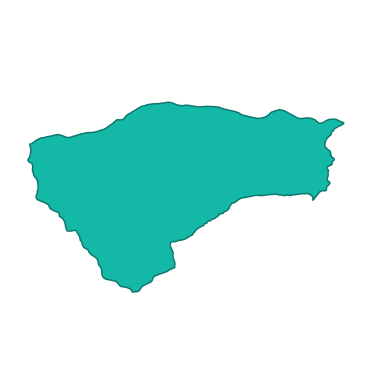 Cabrera, Santander, Colombia (Robinson projection), rotated 83°
{"feature_id": "7082276B49425072231481", "entity_name": "Cabrera", "entity_type": "district", "adm_level": 2, "iso_a3": "COL", "parent_name": "Colombia", "parent_adm1": "Santander", "projection": "robinson", "projection_center": [-73.249, 6.569], "detail": "fine", "context": "isolated", "style": "filled", "palette": "teal", "viewbox_px": 384, "rotation_deg": 83, "n_neighbors": 0, "source": "geoboundaries", "source_scale": "gbopen_adm2", "svg_char_len": 6012}
<svg xmlns="http://www.w3.org/2000/svg" viewBox="0 0 384 384"><g transform="rotate(83 192 192)"><path d="M141.7,33.1L139.7,36.7L137.9,39.3L137.0,41.4L136.9,43.6L136.6,46.7L137.3,49.3L137.9,50.9L138.7,52.4L139.2,54.5L139.4,56.7L139.1,57.7L138.0,58.8L135.3,61.2L134.1,63.2L132.8,66.7L132.5,69.4L132.4,71.4L132.5,73.7L132.3,76.0L131.4,78.2L129.6,80.6L127.9,83.0L126.7,85.0L125.5,86.5L124.0,88.6L122.7,90.4L121.7,92.7L121.0,94.9L121.3,97.8L122.5,103.7L123.9,105.5L125.2,107.2L126.6,110.4L127.0,113.1L127.1,115.7L127.0,117.7L125.1,123.7L123.7,127.4L122.6,130.2L121.9,132.4L120.7,134.0L119.1,136.0L118.0,138.1L116.9,140.8L116.1,143.2L114.7,147.1L113.4,150.5L112.1,153.2L111.3,154.4L110.6,157.0L110.0,159.3L109.6,161.9L109.2,164.4L108.8,166.4L108.8,168.1L108.6,171.2L108.5,174.4L107.9,176.7L106.4,182.2L105.9,183.5L105.1,186.9L105.1,189.0L105.3,190.1L104.9,192.1L104.5,194.0L103.6,196.5L102.4,198.6L100.8,201.5L100.4,203.0L100.1,204.3L100.0,205.7L100.2,211.2L100.2,214.8L99.8,218.8L99.8,221.7L99.8,224.5L100.1,226.3L100.7,229.0L100.7,230.2L101.3,232.8L102.0,234.1L102.8,236.2L103.4,237.4L104.9,240.9L106.2,243.6L106.4,244.2L107.0,245.8L108.4,248.1L109.4,249.1L110.1,249.8L110.7,250.5L111.1,251.0L111.5,251.8L111.8,252.8L111.8,253.6L111.6,255.1L111.2,256.5L111.1,257.4L112.0,259.0L112.9,260.3L113.9,261.8L115.1,263.8L116.4,266.4L117.7,268.6L118.6,270.6L119.1,271.9L119.4,274.0L120.0,277.2L120.6,280.5L120.7,282.5L120.8,284.3L120.6,286.2L120.3,287.6L120.4,289.2L120.6,292.5L120.8,294.0L120.9,295.1L121.4,298.2L121.9,300.2L122.2,302.8L122.8,305.2L122.9,307.8L122.8,308.8L122.5,309.7L120.9,312.8L120.0,314.4L119.3,316.2L118.9,317.2L118.7,318.2L118.7,320.8L119.0,322.7L119.4,327.1L119.4,328.7L120.0,332.6L120.0,335.6L120.4,336.4L120.5,337.3L121.1,338.5L121.6,339.9L122.1,341.2L122.8,342.3L124.1,344.4L124.6,345.7L124.7,346.8L124.7,347.1L125.2,347.2L125.6,347.2L126.2,347.1L127.0,346.9L128.9,346.8L130.1,346.8L131.7,347.0L133.3,347.4L134.6,347.9L135.9,348.2L136.9,348.5L137.7,349.0L138.2,349.6L139.2,350.3L140.1,350.9L140.9,350.9L141.5,350.7L141.9,350.4L142.3,350.0L143.8,348.0L145.0,347.1L147.8,347.0L150.5,347.7L152.8,347.5L154.2,347.1L155.0,347.2L155.7,347.0L156.7,346.9L157.5,346.3L158.1,346.0L159.9,344.8L161.8,344.2L163.3,344.0L165.8,344.0L167.1,344.0L169.1,344.1L171.1,344.7L171.9,345.2L172.6,345.5L173.4,345.5L174.2,345.6L174.7,345.9L175.8,346.6L177.9,347.3L178.8,347.4L179.5,347.2L180.2,346.7L180.8,346.4L181.0,345.9L181.5,345.0L182.0,344.3L182.6,343.4L183.9,340.8L185.3,338.6L186.0,337.6L187.2,336.2L187.9,335.8L188.8,335.6L190.1,335.2L191.0,334.9L192.0,333.9L193.8,331.3L194.4,330.0L195.1,328.8L196.2,327.2L197.3,326.2L197.8,326.2L199.2,326.7L199.8,326.6L200.8,325.8L201.8,324.3L203.5,323.0L204.7,322.5L206.1,322.2L206.9,321.9L208.6,321.8L210.1,321.7L213.8,321.2L215.1,320.8L215.5,320.3L215.6,319.6L215.8,318.8L216.0,317.3L216.0,315.9L215.8,314.3L215.9,312.2L216.4,311.6L219.8,310.3L221.7,309.3L224.4,308.8L226.2,308.8L228.3,307.5L230.7,307.3L231.9,307.0L233.0,306.6L234.5,305.4L235.4,303.9L236.0,303.1L237.1,302.1L238.5,301.8L240.0,301.2L241.5,300.0L242.5,299.0L244.0,297.0L245.0,295.8L246.4,294.8L247.8,294.0L248.8,293.7L251.7,293.7L253.7,293.0L254.8,292.3L256.3,291.5L258.0,291.3L260.0,291.3L262.5,291.5L264.5,291.1L266.4,290.1L267.9,288.4L269.3,284.2L270.2,281.6L270.8,280.5L271.2,279.0L272.0,277.9L273.5,276.6L275.1,275.7L275.8,275.4L276.6,274.7L277.3,273.6L278.0,270.8L278.5,269.4L279.3,267.5L280.0,266.2L280.5,265.4L281.3,264.6L282.9,263.8L284.1,263.4L284.0,260.6L284.2,258.5L283.5,256.5L282.3,255.4L281.0,254.3L279.6,253.0L278.8,251.0L277.9,248.6L277.1,246.1L276.3,243.7L275.4,242.7L273.9,241.8L272.3,241.1L271.2,239.9L270.1,236.3L269.4,233.4L268.4,229.0L268.0,226.9L266.3,223.2L264.8,218.3L263.7,218.4L261.9,217.8L260.0,217.7L258.4,217.9L254.8,218.8L252.2,218.7L249.9,218.1L248.6,218.3L247.1,218.9L245.2,219.5L243.5,220.0L241.5,220.0L240.4,219.8L239.5,219.1L239.0,218.4L238.8,217.7L239.0,217.1L239.2,215.3L239.2,214.1L239.0,213.0L238.6,212.2L238.4,211.7L238.4,211.1L238.5,210.0L238.2,206.3L237.8,204.8L237.1,202.8L236.0,200.5L235.4,199.0L234.5,196.5L233.0,195.9L231.7,193.9L230.9,193.3L230.0,192.4L228.2,189.1L227.7,188.0L227.0,185.6L226.3,184.3L225.3,183.8L224.9,182.8L224.9,181.6L224.6,181.1L224.1,180.9L223.2,180.1L222.8,178.6L222.7,177.6L222.6,176.7L221.8,176.0L221.4,175.3L221.4,174.5L221.3,173.5L221.0,172.6L220.0,170.9L219.5,170.1L218.9,169.1L218.6,168.4L218.3,168.1L217.3,168.0L217.0,166.0L217.1,164.4L217.0,163.8L216.4,163.4L215.6,162.1L214.7,159.6L213.7,158.1L213.0,157.3L212.1,157.1L211.1,156.4L209.0,154.7L208.0,153.8L208.0,152.5L207.6,150.7L205.8,147.8L204.2,144.6L204.0,142.1L203.6,135.4L203.0,129.2L204.1,123.0L204.0,116.3L204.3,111.3L204.5,108.9L205.6,105.4L206.3,102.2L207.0,100.5L206.6,98.5L206.9,96.5L207.5,94.7L207.4,93.7L207.1,92.3L207.2,90.5L207.2,87.5L207.1,83.0L207.6,78.1L208.1,76.4L208.7,75.1L210.7,73.3L212.3,72.7L213.3,72.7L214.6,73.2L214.8,72.9L213.6,71.4L212.1,69.9L210.7,68.7L210.2,68.0L209.5,67.2L208.7,66.6L208.1,66.1L207.7,65.6L207.2,64.6L206.8,63.4L206.6,62.3L206.8,61.3L206.9,60.1L207.0,59.4L206.9,58.7L206.5,58.5L205.5,58.1L204.7,58.0L203.8,57.9L203.2,57.4L202.6,56.8L202.2,56.1L201.2,54.9L200.6,54.5L199.6,53.9L198.5,54.8L198.0,55.4L197.0,56.0L196.1,56.3L195.5,56.4L195.0,56.0L193.7,55.5L192.7,55.0L191.9,54.8L190.9,54.7L189.4,54.6L188.1,54.1L187.2,53.8L186.5,54.3L186.0,54.8L185.2,55.3L184.3,55.2L183.2,54.0L183.0,53.1L182.6,52.3L182.4,51.3L181.9,50.1L181.4,49.6L180.8,49.4L180.1,49.4L178.6,48.6L178.0,47.9L177.6,47.2L177.2,46.9L176.5,46.9L175.5,47.5L174.9,48.4L174.4,49.0L173.7,49.4L172.7,49.4L171.9,49.6L171.3,49.7L170.2,49.7L169.6,49.6L168.7,49.8L167.7,50.5L167.1,51.4L165.9,52.3L165.2,53.0L164.1,53.9L163.0,54.4L161.7,54.5L160.3,54.3L159.5,54.0L158.1,53.4L155.9,52.0L155.3,51.5L154.6,50.8L153.9,49.8L153.1,48.7L152.6,47.6L151.8,46.9L151.1,46.5L150.4,46.4L149.7,46.3L149.3,45.9L149.0,45.4L148.7,44.6L148.3,44.1L146.9,43.4L146.4,42.6L145.8,41.0L144.8,38.9L144.3,36.9L143.4,34.5L142.7,33.2L141.7,33.1Z" fill="#14b8a6" stroke="#0f766e" stroke-width="1.5"/></g></svg>